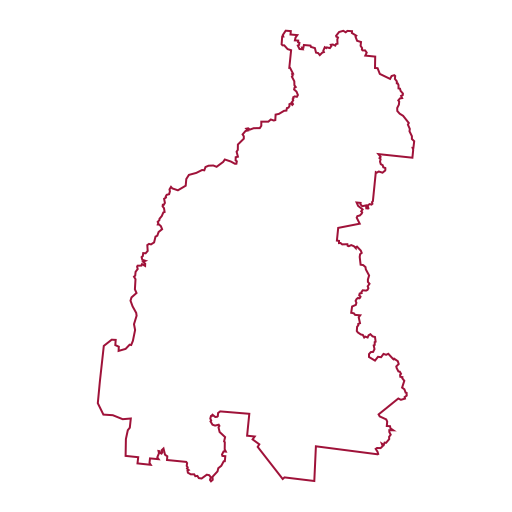 Tablelands, Queensland, Australia (orthographic projection)
{"feature_id": "25037944B5935933559707", "entity_name": "Tablelands", "entity_type": "district", "adm_level": 2, "iso_a3": "AUS", "parent_name": "Australia", "parent_adm1": "Queensland", "projection": "orthographic", "projection_center": [145.481, -17.834], "detail": "fine", "context": "isolated", "style": "outline", "palette": "rose", "viewbox_px": 512, "rotation_deg": 0, "n_neighbors": 0, "source": "geoboundaries", "source_scale": "gbopen_adm2", "svg_char_len": 6021}
<svg xmlns="http://www.w3.org/2000/svg" viewBox="0 0 512 512"><path d="M352.0,31.2L347.4,30.9L345.7,32.3L343.3,30.8L339.1,32.0L336.1,35.8L336.3,36.6L338.0,37.5L337.3,39.5L337.5,43.7L336.0,44.1L335.3,45.6L332.8,44.5L330.8,44.8L331.4,46.0L329.9,48.1L326.8,47.4L326.2,48.1L324.8,47.2L323.3,50.7L323.9,52.1L322.3,52.6L319.8,55.1L318.2,53.1L316.0,52.6L314.9,48.1L310.9,46.9L310.5,45.6L303.9,45.0L303.4,47.7L302.1,47.6L302.8,49.3L299.5,49.0L297.8,45.5L299.1,44.9L299.4,42.8L298.1,42.3L298.2,40.6L294.9,40.4L295.5,37.6L297.3,35.1L290.5,34.5L290.8,31.1L285.7,30.7L282.9,34.9L283.3,36.5L282.2,36.5L281.6,44.3L282.5,45.3L284.2,45.3L287.6,49.1L291.1,50.2L289.3,67.9L290.1,67.9L293.1,73.8L292.1,74.1L292.7,75.7L291.9,76.7L294.3,81.3L294.4,85.2L295.7,87.0L294.6,87.5L294.1,89.5L296.5,91.6L297.9,95.0L296.9,96.8L294.7,96.4L293.2,97.3L293.4,98.5L292.7,99.1L293.2,100.4L291.9,102.1L293.0,104.1L292.3,104.9L290.9,103.4L289.4,104.2L289.5,106.0L288.4,107.7L286.9,108.1L286.4,110.6L284.1,110.8L278.9,113.9L275.6,114.6L275.3,120.1L273.8,120.5L270.8,119.5L268.3,121.7L261.3,121.7L261.3,125.8L259.8,128.1L253.7,128.2L249.9,129.6L248.2,128.3L246.3,128.7L247.8,130.5L245.5,131.0L242.6,134.4L243.8,136.3L243.8,138.7L237.9,144.5L237.8,149.9L236.6,151.7L237.9,156.7L235.7,157.2L235.6,160.4L236.8,161.3L236.4,163.7L235.0,163.8L230.8,161.5L224.8,159.5L223.2,161.9L216.6,166.8L213.3,165.5L208.6,165.7L205.5,167.0L204.3,170.3L202.1,170.0L196.3,172.9L188.9,174.9L186.3,179.0L185.7,185.7L177.9,190.3L172.3,188.4L171.0,186.9L169.5,189.4L169.9,191.4L169.1,194.2L166.7,194.8L165.7,196.5L166.0,197.5L164.1,198.8L164.9,202.9L163.7,204.9L162.8,204.8L162.6,206.3L164.0,208.2L164.6,212.0L163.3,212.5L161.8,216.0L159.5,218.8L159.4,220.1L157.7,221.9L158.3,223.0L157.8,224.5L159.2,224.6L160.9,226.2L162.1,229.2L158.6,232.0L157.3,235.7L155.5,236.6L154.1,242.4L151.0,244.4L149.0,243.9L147.3,245.1L147.7,250.9L145.6,253.3L143.2,253.1L142.8,256.1L141.6,257.1L142.3,259.8L145.4,260.8L143.1,261.8L145.2,263.7L145.1,265.9L142.0,264.1L141.4,265.6L137.6,265.7L137.1,266.7L137.7,269.0L135.6,271.8L135.2,275.6L134.0,276.7L135.5,279.2L134.9,289.3L136.5,293.0L131.5,297.4L130.5,300.7L132.6,306.4L136.2,312.9L136.6,315.7L134.0,324.2L135.1,330.0L132.9,340.8L131.2,345.0L129.6,344.7L125.6,348.9L118.6,350.9L118.8,346.7L115.3,345.1L115.7,339.9L111.7,339.7L103.8,345.9L99.9,381.2L97.8,403.2L103.4,414.6L112.8,415.2L122.7,419.2L130.8,418.5L129.8,427.7L127.8,430.2L125.9,439.0L125.6,455.9L138.2,457.2L137.5,463.4L150.7,464.8L149.5,462.9L150.0,458.4L158.6,459.2L157.3,457.3L159.0,453.2L158.5,451.0L159.6,451.2L160.2,452.9L161.5,453.6L162.2,452.5L161.8,450.1L163.5,448.5L165.0,454.7L167.3,456.3L167.0,460.0L186.2,461.9L187.1,463.1L186.7,465.9L187.7,467.4L187.0,468.5L188.7,470.0L187.5,470.6L187.9,472.7L190.7,474.3L194.2,474.3L195.3,476.2L197.4,475.9L198.8,478.1L201.6,478.5L206.8,474.7L209.2,475.2L210.8,477.3L210.0,479.9L211.0,481.3L212.7,479.8L212.5,476.8L217.5,471.4L218.3,468.2L221.3,465.8L223.7,461.3L224.8,461.2L225.3,456.2L222.4,455.9L222.0,454.5L223.6,451.4L225.8,451.6L224.7,449.3L224.8,442.2L224.1,441.4L225.1,437.1L219.6,432.0L218.5,427.3L219.4,425.9L218.7,424.7L215.1,425.6L212.5,424.7L210.5,421.4L211.2,420.6L210.3,418.5L211.0,416.0L212.3,415.8L211.8,415.5L212.5,414.7L215.3,417.0L217.1,416.8L217.8,416.2L218.1,413.0L220.2,411.4L249.3,413.8L247.1,435.7L254.7,436.5L252.6,439.4L259.3,444.3L257.7,446.9L282.7,479.0L284.5,477.4L314.3,481.0L315.9,446.3L377.6,454.3L378.2,454.0L377.5,451.7L375.7,448.9L377.0,448.0L380.6,448.1L382.7,446.1L381.8,443.6L383.8,444.8L384.6,442.6L386.1,442.8L389.2,439.1L389.1,436.8L390.7,434.7L389.3,432.0L389.3,430.2L393.3,430.3L390.5,428.4L390.0,426.2L386.8,426.0L387.2,421.6L386.2,419.4L379.7,416.4L378.6,414.4L398.3,398.5L400.9,399.8L405.0,398.6L404.6,397.1L406.7,395.6L406.6,392.9L405.6,392.6L404.4,389.3L402.1,387.6L404.3,380.8L402.3,378.3L402.4,377.1L400.3,376.8L400.1,374.9L401.0,373.8L399.8,371.7L398.4,371.4L396.6,367.9L396.3,366.4L398.7,364.0L397.8,361.2L394.2,358.7L393.7,359.4L393.2,359.1L388.3,353.8L386.1,354.8L383.5,353.9L381.1,357.2L378.0,356.8L375.0,360.6L369.0,357.0L369.0,354.1L370.8,352.1L373.1,351.9L374.5,349.1L373.7,345.4L374.7,344.9L374.7,342.1L375.6,341.7L375.0,337.0L372.6,336.4L370.4,334.2L368.6,335.3L367.6,337.5L365.2,336.6L364.2,337.5L362.8,334.9L360.9,334.5L357.8,332.4L356.8,331.0L357.1,326.8L358.3,325.3L358.2,324.0L360.0,323.2L358.7,317.3L360.2,315.3L355.1,314.9L353.8,313.3L351.2,312.8L352.1,306.5L355.8,304.9L356.4,302.8L355.6,300.9L356.6,299.0L358.0,297.9L359.1,298.4L360.1,297.7L360.5,296.6L359.2,295.3L359.7,293.5L361.6,293.1L361.4,292.2L362.7,290.3L366.1,290.6L367.5,289.9L368.4,288.2L367.7,286.3L369.5,283.8L367.9,281.9L367.9,279.5L369.1,275.5L365.8,269.3L365.5,267.1L363.2,265.1L360.6,264.7L359.7,256.9L360.1,254.2L361.7,252.9L360.8,250.6L357.0,246.6L355.9,247.1L355.8,248.2L353.9,246.2L351.2,245.1L348.8,246.2L347.7,245.8L347.4,244.2L342.2,244.4L340.5,243.0L339.0,243.1L339.0,240.9L336.9,240.6L338.2,227.9L359.7,223.7L356.7,217.7L357.4,216.1L359.8,215.5L361.7,213.6L362.2,212.3L361.2,211.3L362.6,209.4L358.1,205.9L356.6,202.5L360.6,202.9L360.5,204.4L362.3,206.2L366.0,205.4L366.3,208.3L368.0,208.3L368.6,209.2L367.6,205.4L369.7,204.1L371.5,204.6L372.4,203.8L372.0,202.2L372.9,201.1L375.8,172.2L376.7,172.7L378.8,171.5L382.5,172.7L385.2,170.5L385.4,169.1L385.3,168.0L383.3,167.3L382.7,165.2L380.8,164.2L380.0,161.6L380.6,159.2L379.5,158.1L380.6,156.9L378.4,154.1L412.4,157.7L413.2,149.8L412.6,147.9L413.4,147.9L414.2,141.2L411.9,139.0L411.9,136.2L409.5,131.3L409.8,128.9L407.9,124.6L408.8,123.0L403.1,115.8L399.7,113.7L397.3,111.0L397.2,108.0L398.9,104.6L399.2,101.6L398.3,100.4L400.0,98.4L402.1,98.1L401.1,95.9L402.8,95.0L402.9,93.5L400.6,90.9L400.0,88.7L398.5,88.4L398.5,85.1L397.7,83.4L396.8,83.3L396.8,81.3L394.9,78.9L395.2,76.0L394.3,75.2L391.6,76.0L390.1,78.9L379.8,73.9L377.6,68.2L375.0,68.0L375.2,56.6L365.3,55.6L366.7,52.6L365.1,50.4L362.6,50.4L361.9,49.6L362.1,48.1L360.6,45.8L361.0,42.0L357.1,40.8L355.5,36.7L356.3,35.7L351.9,33.0L352.0,31.2Z" fill="none" stroke="#9f1239" stroke-width="2"/></svg>